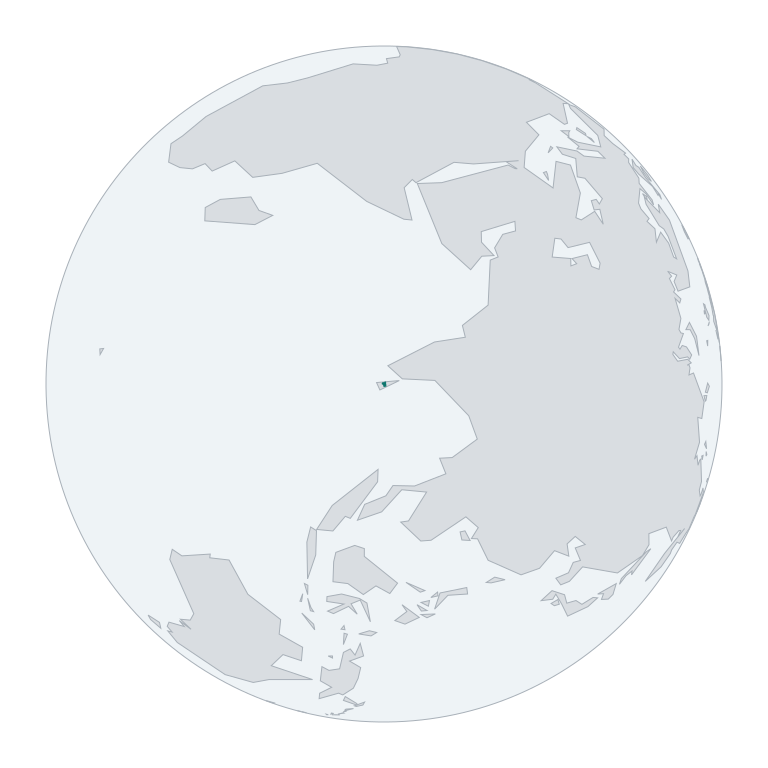 Mahanuvara on an orthographic globe, rotated 88°
{"feature_id": "LKA-2448", "entity_name": "Mahanuvara", "entity_type": "District", "adm_level": 1, "iso_a3": "LKA", "parent_name": "Sri Lanka", "parent_adm1": "", "projection": "orthographic", "projection_center": [80.641, 7.216], "detail": "fine", "context": "on_globe", "style": "filled", "palette": "teal", "viewbox_px": 768, "rotation_deg": 88, "n_neighbors": 0, "source": "natural_earth", "source_scale": "10m", "svg_char_len": 9023}
<svg xmlns="http://www.w3.org/2000/svg" viewBox="0 0 768 768"><g transform="rotate(88 384 384)"><circle cx="384" cy="384" r="338" fill="#eef3f6" stroke="#a8b0b8"/><path d="M522.5,75.8L518.5,74.3L525.0,77.3L503.7,68.6L515.0,72.5L514.5,72.3L522.5,75.8ZM492.7,64.7L489.4,63.8L490.2,63.7L492.7,64.7ZM84.3,227.9L110.3,190.1L109.9,195.2L129.8,191.5L130.8,194.6L119.6,209.5L127.4,232.5L140.4,220.5L156.3,234.6L172.5,236.4L194.0,208.2L167.5,204.3L171.7,190.0L200.0,181.1L224.5,186.4L226.9,181.1L218.8,167.4L232.0,159.3L216.9,162.2L217.4,167.9L208.0,170.4L206.9,165.5L211.6,162.5L206.4,159.3L185.4,176.0L183.7,183.6L165.3,184.5L160.6,197.7L153.0,203.0L157.9,183.0L163.2,176.2L166.1,155.3L158.9,162.1L155.7,182.9L153.3,180.8L143.5,192.0L149.1,181.9L154.6,159.1L143.0,161.7L115.1,188.0L111.1,189.6L113.7,183.1L137.0,155.2L143.4,155.3L151.7,147.0L161.7,134.5L162.8,136.1L167.6,131.6L171.1,131.8L187.2,122.1L192.4,122.0L209.4,109.6L214.4,108.3L202.9,115.7L197.7,121.4L212.1,123.3L218.0,121.1L227.9,113.3L230.6,115.5L238.3,107.8L251.8,106.8L241.9,102.2L253.2,94.6L267.2,90.1L269.1,87.2L246.4,94.9L238.9,98.9L235.4,103.4L213.5,115.8L206.3,117.3L222.4,102.5L213.9,103.6L230.2,93.0L281.6,76.3L297.6,75.0L301.5,86.9L291.6,90.5L285.3,87.6L281.2,96.6L286.3,92.8L288.5,95.1L300.0,89.9L302.1,91.4L309.4,84.3L313.3,85.6L308.6,90.1L328.8,85.0L339.8,87.3L343.3,85.5L344.0,83.0L357.5,88.4L359.5,87.0L355.9,84.6L357.5,80.4L365.7,75.5L369.9,77.6L367.5,79.6L368.9,87.8L361.9,93.8L364.5,94.3L371.5,89.7L369.9,79.6L373.6,76.2L375.8,80.4L375.3,78.6L378.5,77.6L385.6,78.9L383.8,74.3L413.0,64.7L429.6,67.6L428.3,71.6L453.2,70.7L470.0,76.3L466.6,73.7L476.2,73.0L471.0,71.1L470.1,70.0L492.5,70.1L501.0,72.6L506.8,72.0L505.0,70.9L499.0,68.8L503.7,68.6L525.0,77.3L527.9,79.0L539.3,84.2L544.2,87.9L553.6,94.1L552.3,96.7L559.8,102.3L563.5,103.8L576.4,113.5L590.4,129.8L563.1,109.5L538.9,88.6L547.4,95.9L540.7,92.6L540.8,94.4L547.2,100.4L550.9,102.1L536.9,106.9L542.8,124.5L553.9,124.8L564.5,131.7L581.0,157.3L573.7,191.9L587.7,205.6L590.9,214.4L584.1,219.0L579.1,206.2L568.9,201.1L567.2,193.8L554.5,198.6L551.4,188.5L543.0,198.2L550.2,206.6L562.5,205.3L556.5,219.4L573.6,235.0L579.5,253.7L563.8,286.1L542.0,295.9L541.5,302.0L530.8,294.8L519.6,306.8L541.8,342.4L542.2,352.7L522.6,372.1L521.7,364.3L493.5,345.2L490.3,369.9L511.7,390.8L519.2,415.3L503.6,407.5L495.8,386.0L485.8,378.6L487.0,357.0L475.9,325.3L460.1,331.0L459.9,318.4L442.3,292.7L418.7,300.4L382.2,333.0L379.5,365.5L365.9,379.5L343.8,332.1L340.1,301.1L328.2,303.6L308.8,277.2L263.9,273.5L261.0,265.5L251.8,268.7L238.6,260.1L235.6,247.2L226.0,247.5L235.1,281.5L245.7,281.6L259.5,269.6L259.7,281.8L272.8,293.4L245.7,321.3L184.8,343.7L184.8,319.3L169.5,252.3L173.3,245.5L173.4,244.7L173.6,243.3L166.1,254.2L165.5,241.7L167.2,286.8L164.9,306.3L183.9,345.0L180.6,348.6L188.5,357.0L221.1,350.3L220.0,358.4L200.9,394.9L161.1,443.0L169.9,478.5L172.9,508.0L155.8,525.3L165.2,548.3L157.5,555.1L162.3,567.9L160.6,580.4L154.8,591.5L136.4,588.5L129.1,576.7L110.4,552.4L81.8,494.8L79.8,470.1L75.5,450.0L63.0,403.7L65.2,379.9L63.5,369.1L58.9,370.2L57.6,357.4L55.5,356.3L47.2,359.6L47.8,349.7L51.4,324.4L56.8,299.4L64.2,274.9L73.4,251.0L84.3,227.9ZM88.0,222.7L84.7,228.8L88.0,222.7ZM244.3,208.2L263.0,211.5L265.1,193.0L272.5,193.1L270.5,187.2L265.2,191.7L261.9,176.2L273.8,172.4L276.9,165.1L270.8,163.8L249.6,173.6L254.1,195.3L245.3,202.0L244.3,208.2ZM190.9,109.7L188.4,112.5L181.7,117.2L175.1,120.2L184.8,113.0L190.9,109.7ZM186.5,115.6L204.4,101.7L209.2,100.2L203.5,103.2L204.9,103.6L196.0,108.7L183.2,122.1L176.4,127.4L167.9,128.3L174.4,124.6L176.4,121.7L186.5,115.6ZM241.4,77.7L249.2,74.1L249.6,75.1L242.3,78.5L235.2,80.9L239.7,78.5L241.4,77.7ZM354.2,47.4L354.5,47.4L343.9,48.8L349.6,48.2L350.3,48.8L342.1,50.4L341.6,49.6L332.9,52.3L327.3,52.3L326.7,52.7L319.2,53.7L308.9,55.9L307.6,55.8L304.2,56.7L299.1,57.8L293.9,59.3L289.9,59.9L283.2,61.9L285.1,61.1L274.7,64.7L280.7,62.4L274.7,64.3L272.1,65.5L269.0,66.2L296.8,57.5L325.3,51.2L354.2,47.4ZM372.9,46.3L366.2,46.6L357.6,47.2L358.4,47.0L372.9,46.3ZM137.4,189.5L139.2,190.6L143.2,190.6L137.1,198.1L137.4,189.5ZM140.6,173.9L143.0,173.3L136.4,182.9L134.5,182.3L140.6,173.9ZM150.0,165.3L143.7,172.5L146.0,168.2L150.0,165.3ZM205.7,115.1L209.0,114.5L207.1,116.4L202.7,119.0L205.7,115.1ZM315.0,61.9L316.1,60.5L318.4,60.1L326.9,56.8L331.7,57.1L328.5,59.1L315.0,61.9ZM186.3,212.4L178.3,217.3L177.3,214.3L180.3,213.2L186.3,212.4ZM154.0,207.1L158.7,211.9L152.3,209.2L154.0,207.1ZM321.6,61.6L324.5,60.1L325.1,61.3L321.6,61.6ZM335.6,57.2L337.3,58.2L333.2,56.7L335.6,57.2ZM338.7,663.0L344.7,666.7L339.0,666.8L338.7,663.0ZM220.2,507.5L214.7,557.4L201.4,556.5L193.8,541.2L192.4,510.5L206.2,502.9L211.6,489.3L220.2,507.5ZM590.7,472.5L598.5,474.0L598.1,475.6L590.7,472.5ZM582.5,467.1L591.9,467.6L580.6,470.5L582.5,467.1ZM595.4,467.8L604.9,464.8L609.0,462.3L608.0,465.5L595.4,467.8ZM576.1,467.2L539.3,466.6L524.3,462.3L528.2,456.6L552.5,458.2L576.1,467.2ZM527.0,456.4L503.6,440.0L469.1,392.9L481.5,393.8L517.1,422.4L514.9,427.3L529.1,440.2L527.0,456.4ZM582.2,427.1L579.8,441.9L559.9,440.5L550.6,438.0L544.3,418.9L547.8,409.4L555.6,409.7L583.5,377.4L593.6,385.5L585.5,399.1L593.7,412.0L582.2,427.1ZM381.1,368.6L389.8,388.3L382.3,391.4L381.1,368.6ZM593.3,355.0L583.0,369.0L591.9,350.3L593.3,355.0ZM597.6,337.5L599.0,344.6L593.8,337.7L597.6,337.5ZM542.6,311.6L534.5,313.1L533.6,308.2L543.4,303.4L542.6,311.6ZM583.8,269.8L586.5,283.9L585.9,288.7L580.9,280.1L583.8,269.8ZM366.6,68.2L349.5,71.9L340.4,76.1L340.2,80.4L333.1,76.6L347.2,70.0L366.6,68.2ZM406.8,64.6L406.8,61.8L411.7,62.8L412.3,63.5L406.8,64.6ZM403.4,63.1L394.4,60.5L397.6,58.9L404.1,61.2L403.4,63.1ZM357.4,59.2L352.0,60.0L351.7,58.9L357.4,59.2ZM606.7,627.8L614.4,616.7L620.3,615.6L611.2,625.5L606.7,627.8ZM606.9,582.1L551.9,604.2L541.8,601.4L548.7,592.0L547.9,563.6L551.6,564.2L554.5,545.0L589.4,527.4L615.8,495.5L630.3,497.5L644.3,474.5L657.7,476.2L650.9,494.4L661.6,506.5L676.9,465.7L675.4,509.4L677.7,525.1L668.9,552.9L635.1,599.6L623.2,608.7L624.5,604.4L618.6,609.1L614.5,607.2L619.4,592.1L613.3,596.8L622.4,585.4L612.0,595.6L613.2,585.9L606.9,582.1ZM699.2,503.8L699.1,505.1L696.4,512.9L696.7,511.4L699.2,503.8ZM708.4,478.2L707.7,481.0L707.4,482.0L708.4,478.2ZM708.6,477.3L709.9,472.9L708.7,477.3L708.6,477.3ZM711.9,453.4L712.6,451.2L712.5,452.9L711.9,453.4ZM610.0,474.2L621.6,462.7L627.3,461.8L610.0,474.2ZM712.1,448.6L711.0,448.1L711.5,445.8L712.1,448.6ZM712.9,443.1L713.2,439.8L712.8,447.6L712.9,443.1ZM711.5,435.7L712.3,441.6L711.2,436.4L711.5,435.7ZM710.4,436.4L709.4,433.8L709.6,432.8L710.4,436.4ZM691.4,440.2L696.2,459.8L690.8,459.1L685.3,446.9L678.4,458.0L664.3,455.9L668.3,449.0L667.1,438.3L650.8,433.9L647.6,427.0L653.9,422.4L642.4,416.8L655.1,413.9L659.7,428.1L666.6,417.2L677.4,420.2L686.9,425.2L693.3,436.0L691.4,440.2ZM654.0,445.0L656.1,445.0L653.9,449.3L654.0,445.0ZM707.3,425.8L708.8,432.8L708.5,434.5L707.6,433.4L707.3,425.8ZM695.0,433.6L702.5,422.2L703.9,422.5L698.8,435.6L695.0,433.6ZM701.2,414.5L704.1,416.3L705.3,423.0L704.6,424.8L701.2,414.5ZM628.2,431.6L627.5,435.5L624.0,432.4L628.2,431.6ZM632.8,429.3L643.0,433.7L631.7,432.6L632.8,429.3ZM599.1,415.3L602.5,424.6L613.1,418.8L605.0,427.2L611.7,442.5L609.0,448.3L602.5,431.7L599.3,448.8L594.5,448.4L592.4,433.7L597.5,416.0L602.3,408.7L621.2,405.9L599.1,415.3ZM632.9,418.0L630.1,407.2L632.1,400.0L635.3,405.7L632.9,418.0ZM620.8,381.4L612.2,369.1L605.2,373.7L618.5,356.9L624.7,371.4L620.8,381.4ZM612.2,354.6L605.7,358.7L611.9,348.9L612.2,354.6ZM603.6,354.6L602.0,346.1L607.6,347.4L603.6,354.6ZM615.7,355.0L615.6,340.7L619.1,349.2L615.7,355.0ZM597.4,327.5L610.8,341.3L594.8,335.3L590.3,308.4L596.8,307.8L597.4,327.5ZM609.2,224.7L605.5,217.8L610.2,216.5L611.5,221.5L609.2,224.7ZM622.4,208.6L610.3,214.0L600.0,219.6L605.0,222.9L606.0,234.5L596.4,223.3L600.9,210.9L609.4,209.0L607.1,199.7L611.1,193.9L604.6,182.5L605.2,178.0L613.6,188.0L622.4,208.6ZM601.4,177.8L591.6,158.9L602.3,162.5L606.8,167.4L606.9,174.2L601.2,171.9L601.4,177.8ZM592.4,155.7L586.8,153.6L560.7,127.5L557.9,123.1L583.4,143.3L579.5,142.6L584.0,148.8L592.4,155.7ZM492.4,64.9L489.7,63.9L493.5,65.1L492.4,64.9ZM467.1,69.0L466.5,67.6L470.9,68.6L467.1,69.0ZM467.3,64.7L462.7,64.4L465.8,63.8L467.3,64.7ZM452.7,64.4L460.0,63.9L455.5,65.8L452.7,64.4Z" fill="#d9dde1" stroke="#a8b0b8" stroke-width="1"/><path d="M383.0,385.1L383.0,384.9L382.9,384.6L383.1,384.5L383.2,384.4L383.3,384.4L383.4,384.2L383.3,383.9L383.2,383.8L383.1,383.7L382.8,383.3L382.7,383.2L382.8,383.2L383.0,383.0L383.0,382.9L383.2,383.0L383.3,383.0L383.3,382.9L383.5,382.8L383.5,382.7L383.4,382.6L383.5,382.6L384.0,383.0L384.3,383.0L384.4,382.8L384.4,382.6L384.5,382.5L384.8,382.7L385.0,382.7L385.4,382.5L385.5,382.5L385.7,382.4L385.8,382.4L386.0,382.4L386.1,383.3L386.2,383.7L386.2,383.9L386.0,384.1L385.9,384.1L385.6,384.1L385.3,384.1L385.1,384.1L385.0,383.9L384.9,383.9L384.7,383.7L384.7,383.8L384.7,384.1L384.6,384.3L384.3,384.7L384.2,384.7L383.9,384.8L383.7,384.8L383.4,384.9L383.5,384.9L383.6,385.1L383.8,385.3L383.7,385.5L383.4,385.5L383.1,385.1L383.0,385.1Z" fill="#14b8a6" stroke="#0f766e" stroke-width="1.5"/></g></svg>